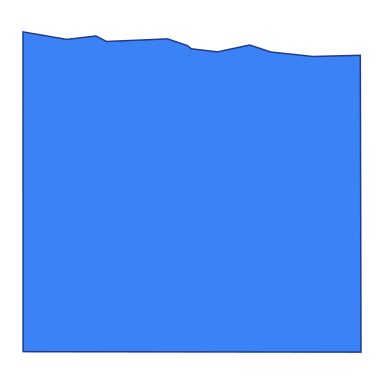 Phelps, Nebraska, United States of America (orthographic projection)
{"feature_id": "52423323B18831835736879", "entity_name": "Phelps", "entity_type": "district", "adm_level": 2, "iso_a3": "USA", "parent_name": "United States of America", "parent_adm1": "Nebraska", "projection": "orthographic", "projection_center": [-99.415, 40.518], "detail": "fine", "context": "isolated", "style": "filled", "palette": "blue", "viewbox_px": 384, "rotation_deg": 0, "n_neighbors": 0, "source": "geoboundaries", "source_scale": "gbopen_adm2", "svg_char_len": 306}
<svg xmlns="http://www.w3.org/2000/svg" viewBox="0 0 384 384"><path d="M360.3,55.3L312.8,56.5L270.7,52.0L249.6,45.0L217.3,51.9L191.4,48.8L187.3,45.6L167.6,38.9L106.5,41.5L95.9,36.0L66.6,39.4L23.0,31.9L23.1,351.6L31.7,351.7L361.0,352.1L360.3,55.3Z" fill="#3b82f6" stroke="#1e3a8a" stroke-width="1.5"/></svg>